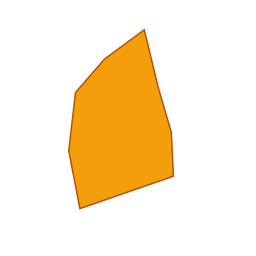 an SVG outline of Valletta, rotated 299°
{"feature_id": "MLT-5949", "entity_name": "Valletta", "entity_type": "state/province", "adm_level": 1, "iso_a3": "MLT", "parent_name": "Malta", "parent_adm1": "", "projection": "equal_earth", "projection_center": [14.514, 35.895], "detail": "fine", "context": "isolated", "style": "filled", "palette": "amber", "viewbox_px": 256, "rotation_deg": 299, "n_neighbors": 0, "source": "natural_earth", "source_scale": "10m", "svg_char_len": 272}
<svg xmlns="http://www.w3.org/2000/svg" viewBox="0 0 256 256"><g transform="rotate(299 128 128)"><path d="M133.6,64.9L176.8,74.0L221.8,94.6L178.1,134.8L145.2,168.0L107.9,191.1L34.2,125.0L79.4,87.2L133.6,64.9Z" fill="#f59e0b" stroke="#b45309" stroke-width="1.5"/></g></svg>